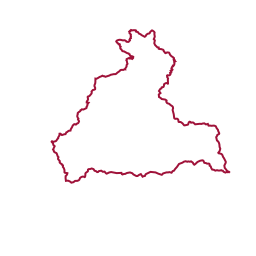 the district of Galyani Vadhana, Chiang Mai, Thailand, rotated 243°
{"feature_id": "78962969B83448610007189", "entity_name": "Galyani Vadhana", "entity_type": "district", "adm_level": 2, "iso_a3": "THA", "parent_name": "Thailand", "parent_adm1": "Chiang Mai", "projection": "natural_earth1", "projection_center": [98.331, 19.015], "detail": "fine", "context": "isolated", "style": "outline", "palette": "rose", "viewbox_px": 256, "rotation_deg": 243, "n_neighbors": 0, "source": "geoboundaries", "source_scale": "gbopen_adm2", "svg_char_len": 5913}
<svg xmlns="http://www.w3.org/2000/svg" viewBox="0 0 256 256"><g transform="rotate(243 128 128)"><path d="M186.8,121.4L183.8,119.8L182.6,119.0L181.4,117.6L180.5,117.1L178.7,117.0L177.5,116.3L177.4,115.6L177.8,114.0L177.3,112.6L177.1,112.1L176.3,111.9L175.3,111.2L174.2,108.7L174.0,107.7L174.2,106.4L173.9,106.1L171.8,105.5L171.2,104.9L170.3,103.3L169.5,102.8L168.4,104.3L167.5,102.6L166.4,101.9L165.6,100.6L165.0,100.4L164.6,99.9L164.7,96.7L165.6,95.3L165.3,94.5L165.4,93.8L164.7,93.1L164.5,91.2L164.2,90.1L163.5,89.6L163.2,89.6L162.5,88.8L161.5,88.1L159.9,87.9L158.9,88.1L158.3,87.3L156.8,87.5L156.2,87.4L155.4,86.5L155.0,85.7L155.1,84.0L154.8,83.7L154.7,83.1L155.8,81.9L155.8,81.6L155.3,79.9L154.2,78.6L152.9,76.5L151.8,75.6L152.4,74.0L152.3,73.0L152.0,71.9L152.1,71.1L150.9,69.5L151.3,68.6L151.7,66.0L152.0,65.7L153.0,65.5L153.8,65.0L154.0,64.4L152.6,63.6L151.2,61.4L150.5,61.1L150.2,60.0L149.2,58.3L149.1,57.5L149.6,55.2L150.0,54.7L150.6,54.4L150.7,54.2L150.4,53.7L148.4,54.2L146.7,53.8L145.1,54.4L142.8,51.4L142.0,51.7L140.6,51.3L139.3,51.9L138.2,52.8L137.6,52.9L134.5,52.5L133.6,52.8L132.7,51.9L132.0,51.6L129.4,52.2L128.7,51.6L128.1,51.5L126.5,52.1L126.0,52.6L125.1,52.5L124.2,53.1L122.9,52.3L121.4,52.6L119.4,52.3L117.4,51.3L116.7,51.5L115.3,53.5L114.8,53.2L113.9,52.0L113.4,50.5L112.8,50.3L111.9,49.7L109.1,48.7L108.7,49.9L108.0,51.0L106.2,52.3L105.0,52.7L104.5,54.8L104.9,56.8L103.9,58.9L103.8,60.2L104.0,61.1L105.3,62.7L105.5,64.3L105.3,65.5L104.7,66.5L103.9,67.1L103.9,67.3L104.7,68.2L106.8,69.4L107.2,70.0L107.6,72.5L109.1,73.5L109.2,74.3L108.6,75.7L108.4,77.3L107.0,78.6L105.1,78.8L104.1,79.9L102.7,80.5L102.4,81.3L102.8,82.5L102.1,84.8L100.4,85.7L99.8,87.3L97.7,87.8L97.0,88.3L96.9,91.2L96.4,93.0L92.9,97.5L91.0,101.8L89.7,101.6L89.1,102.0L88.9,103.6L88.4,104.6L88.4,106.6L87.5,109.6L85.7,111.3L84.2,111.7L81.6,113.5L81.2,114.0L80.9,114.7L81.2,116.7L81.1,118.5L78.0,118.9L78.0,119.9L77.6,121.3L78.6,122.5L78.8,123.1L78.7,128.1L75.9,132.4L73.5,134.3L71.0,136.8L71.0,137.3L71.6,138.6L71.0,142.0L70.2,143.6L70.0,144.5L69.8,145.0L68.4,146.5L69.3,148.2L69.1,149.6L70.1,151.4L71.1,154.0L72.8,157.1L72.4,160.8L72.6,162.6L72.2,164.3L71.0,165.5L70.9,166.5L69.8,167.9L69.7,169.0L67.8,170.0L65.8,170.1L65.2,170.4L65.3,171.5L66.2,174.5L66.1,177.3L65.5,179.5L64.7,180.3L62.3,180.2L61.3,181.6L60.3,182.3L59.7,183.7L59.2,184.2L58.4,184.2L57.4,183.6L56.2,184.3L54.8,184.0L52.8,184.1L51.7,185.6L50.4,186.4L50.0,188.2L49.1,189.1L48.3,190.8L48.1,191.9L47.5,192.2L46.9,193.1L45.6,193.3L44.1,194.5L44.0,195.9L43.4,196.6L43.0,197.9L42.0,198.4L43.0,198.2L44.5,196.9L48.6,196.1L50.8,196.8L52.7,199.3L53.6,199.8L57.6,199.8L58.9,199.6L61.2,199.8L62.4,199.5L63.6,198.3L64.2,197.4L64.9,197.2L65.9,199.2L67.6,200.8L69.5,201.0L72.0,202.0L73.6,202.3L75.1,202.2L76.5,201.6L79.8,202.4L80.5,203.7L81.3,204.5L81.3,206.1L81.4,206.5L81.9,206.9L84.4,207.0L85.4,207.3L87.7,206.9L89.6,207.0L90.7,206.2L91.2,205.5L92.1,203.3L93.0,202.1L93.3,201.1L93.7,200.8L95.4,201.0L95.8,199.1L97.5,198.1L98.1,196.5L98.3,195.2L99.1,194.0L100.8,189.5L103.1,188.7L103.6,188.1L104.1,186.6L105.0,186.4L105.6,185.8L105.6,185.4L105.4,184.7L104.0,183.3L103.8,182.8L104.6,179.7L105.0,179.2L107.4,178.7L109.0,177.9L109.5,177.5L110.2,176.1L110.6,175.9L112.5,176.5L113.6,176.3L114.1,175.8L114.7,174.3L115.3,173.8L115.9,173.7L119.5,175.0L123.7,175.9L124.3,176.3L124.9,177.0L126.1,177.5L127.2,177.4L129.4,176.2L130.7,175.8L131.9,174.6L132.6,174.1L134.0,174.0L134.7,174.8L135.2,174.8L136.5,174.0L138.5,171.2L140.0,170.7L141.5,169.7L143.8,170.6L144.1,171.4L144.4,172.8L146.9,172.4L147.7,173.7L148.2,174.7L148.1,175.7L148.9,176.5L148.5,178.2L149.2,179.1L150.2,179.7L150.7,180.2L150.8,181.9L150.6,182.7L150.2,183.2L149.4,183.6L149.4,183.8L153.1,185.5L154.0,186.2L155.5,186.0L157.0,186.6L157.1,187.1L156.3,188.3L156.2,189.4L156.6,190.2L157.4,190.9L157.5,190.4L158.1,190.5L158.3,191.1L158.3,192.0L158.7,192.0L159.2,192.9L159.6,192.6L159.6,193.3L160.1,193.4L160.0,194.1L160.3,194.1L160.8,193.5L161.2,193.6L162.3,194.8L162.5,195.7L163.3,196.3L163.2,196.7L162.8,196.8L163.4,197.9L164.5,198.7L165.9,199.1L165.9,200.1L166.5,199.7L167.4,200.2L167.4,200.4L167.9,200.3L168.0,199.7L168.5,199.8L169.1,200.3L169.2,200.6L169.4,200.7L170.9,200.1L172.2,199.3L174.3,198.7L175.7,198.9L176.6,198.7L177.6,197.2L177.6,195.5L177.9,195.2L179.1,195.1L180.0,194.7L180.9,195.0L181.8,194.8L183.4,193.2L183.9,192.2L184.6,191.4L185.8,191.9L186.5,190.8L189.7,189.8L191.6,189.9L193.9,191.7L195.5,191.3L196.5,192.6L197.4,193.4L199.9,194.2L200.9,195.0L201.7,195.0L202.7,194.6L203.8,194.0L204.1,193.5L203.5,191.4L202.7,190.4L202.6,189.5L202.9,189.0L203.0,188.3L202.8,186.8L201.8,185.3L201.7,184.3L204.7,182.2L205.8,181.8L207.2,180.6L208.9,180.4L210.2,178.9L210.7,178.9L210.9,179.4L211.3,179.4L211.9,178.8L212.7,177.2L213.0,176.2L214.0,175.2L213.8,174.5L213.3,174.2L213.6,173.7L213.3,172.8L212.8,172.9L211.8,172.4L210.0,173.0L209.3,172.5L208.9,172.4L208.7,172.1L207.9,172.1L207.4,171.4L206.7,171.3L206.7,170.4L206.4,170.2L206.1,169.5L205.2,169.5L204.5,167.6L205.2,166.3L205.6,165.8L206.2,165.8L207.3,165.2L207.9,164.5L208.3,163.3L209.8,161.6L210.5,160.4L210.8,159.3L210.9,158.3L210.9,157.5L210.4,156.8L209.0,157.0L207.9,157.6L207.0,157.6L206.6,158.6L206.2,158.7L205.6,158.2L204.6,158.0L203.9,158.4L203.3,157.7L202.4,157.3L201.7,157.4L200.9,157.8L199.5,157.8L198.7,158.3L198.0,159.3L195.0,161.3L194.1,162.4L193.3,162.5L192.9,162.9L191.7,162.7L190.7,163.1L190.3,164.0L189.1,165.0L188.0,164.3L187.7,163.4L188.4,163.3L188.7,163.1L188.3,162.3L188.7,161.9L189.3,162.0L189.2,161.1L189.9,160.9L190.0,158.1L189.4,157.8L189.1,157.3L188.4,157.4L186.0,156.7L185.4,156.7L184.7,155.3L183.4,154.6L182.1,152.4L181.5,152.2L182.0,151.5L181.8,150.4L182.8,148.5L183.0,147.5L182.5,146.3L182.1,143.5L181.7,142.3L181.7,141.3L182.4,139.9L183.3,136.6L183.2,135.3L183.9,131.1L184.9,130.4L185.3,129.6L186.2,129.0L186.2,126.9L186.4,125.9L186.2,124.3L186.2,122.1L186.8,121.4Z" fill="none" stroke="#9f1239" stroke-width="2"/></g></svg>